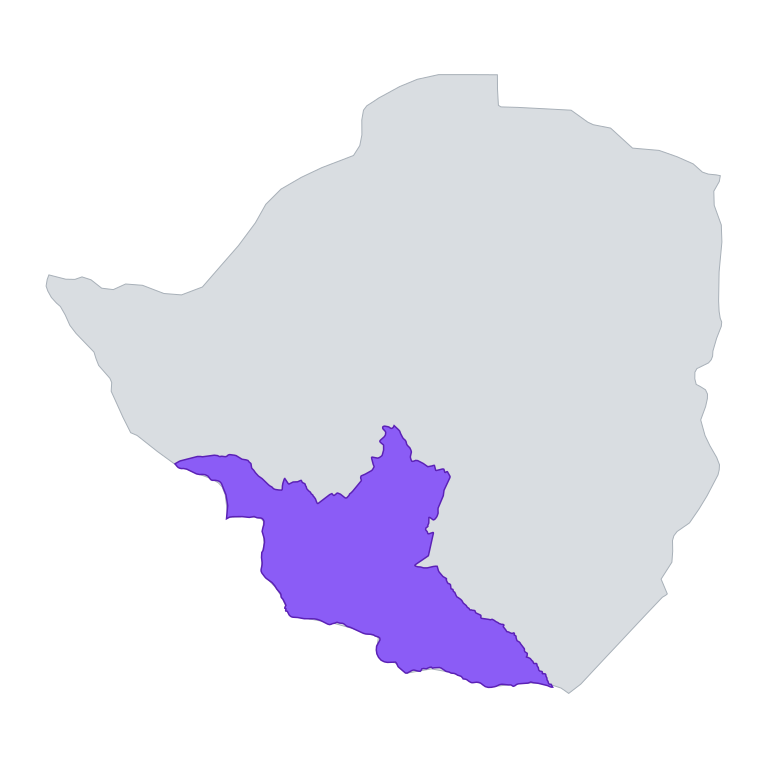 where Matabeleland South sits in Zimbabwe
{"feature_id": "ZWE-530", "entity_name": "Matabeleland South", "entity_type": "Province", "adm_level": 1, "iso_a3": "ZWE", "parent_name": "Zimbabwe", "parent_adm1": "", "projection": "orthographic", "projection_center": [29.218, -20.916], "detail": "fine", "context": "in_parent", "style": "filled", "palette": "violet", "viewbox_px": 768, "rotation_deg": 0, "n_neighbors": 0, "source": "natural_earth", "source_scale": "10m", "svg_char_len": 8197}
<svg xmlns="http://www.w3.org/2000/svg" viewBox="0 0 768 768"><path d="M568.7,693.4L561.1,688.1L550.7,684.6L537.4,682.9L520.1,683.3L498.8,686.0L476.0,682.4L451.6,672.5L431.3,668.9L407.1,673.1L406.1,673.2L401.9,669.9L395.2,662.8L384.2,661.5L381.2,659.8L378.7,657.2L377.1,653.8L376.4,650.0L378.3,638.2L377.3,636.9L374.3,635.5L368.2,634.1L353.6,628.8L335.3,623.7L305.4,618.2L293.8,616.8L291.1,615.1L287.7,610.8L281.9,597.3L276.4,588.4L263.5,574.8L261.4,570.5L261.9,559.6L262.8,550.7L264.1,543.2L263.4,536.2L263.1,527.5L263.5,521.6L261.7,519.1L257.0,517.4L243.7,516.7L227.5,517.3L226.9,508.4L225.2,494.7L222.1,486.9L218.3,482.8L210.9,478.6L195.7,473.0L175.1,464.4L157.4,451.5L137.0,435.4L130.7,432.7L123.0,417.4L111.2,391.3L111.7,382.5L109.9,378.3L98.7,365.5L96.1,358.9L94.0,352.1L76.1,333.5L69.9,325.4L65.2,314.9L60.4,306.5L56.5,303.1L51.4,297.5L47.8,291.0L46.1,286.1L47.2,279.5L48.9,274.9L65.7,279.2L74.9,279.4L82.0,276.9L91.0,279.8L101.7,288.2L113.3,289.6L125.6,284.0L142.5,285.3L163.9,293.5L181.5,294.9L202.4,287.0L220.8,265.8L238.3,245.8L255.4,222.8L265.8,204.3L281.0,189.1L301.2,177.4L321.9,167.6L353.5,155.5L359.8,145.6L361.9,134.9L361.8,119.9L363.5,110.2L366.8,105.8L372.1,102.4L378.9,97.9L399.8,86.5L417.3,79.3L438.7,74.6L462.1,74.6L484.6,74.7L497.4,74.8L497.5,89.1L498.4,105.3L500.9,106.9L517.8,107.4L545.0,108.8L571.1,110.2L587.7,122.1L593.2,124.7L610.6,128.1L632.5,148.1L659.0,150.4L677.2,156.8L693.2,163.9L702.4,172.1L708.3,174.1L716.4,174.9L720.3,175.7L719.3,181.5L713.8,191.2L714.2,205.3L721.3,225.0L721.9,242.0L719.1,271.9L718.6,300.9L719.1,311.3L720.2,318.2L721.7,322.0L721.3,326.3L716.6,338.3L712.9,351.1L712.6,356.2L711.2,359.8L708.5,362.9L696.9,368.6L694.9,372.2L694.8,378.8L696.2,384.4L700.4,386.6L705.5,389.8L707.5,394.1L707.4,398.5L705.6,406.6L700.7,419.9L705.0,435.5L709.9,445.7L716.7,457.5L719.5,464.8L719.2,469.9L718.0,474.9L707.0,495.9L699.1,508.9L689.5,522.9L677.1,531.5L673.9,535.7L672.5,540.5L672.7,551.2L671.9,562.2L661.1,579.1L667.3,593.9L665.8,595.2L662.3,597.3L646.9,613.5L631.5,629.9L620.2,642.0L607.4,655.6L593.0,671.0L580.8,684.1L568.7,693.4Z" fill="#d9dde1" stroke="#a8b0b8" stroke-width="1"/><path d="M199.6,474.5L196.5,473.9L186.7,469.1L183.4,468.5L181.4,468.6L179.7,468.2L178.2,467.5L176.9,466.2L175.0,463.8L179.3,461.3L180.6,460.8L197.4,456.5L200.5,456.5L202.4,456.8L214.3,455.2L217.6,455.6L219.0,456.4L220.0,456.6L221.0,456.3L222.3,456.3L225.2,456.7L226.6,456.4L227.8,455.3L228.5,454.9L229.2,454.7L229.8,454.6L234.4,455.2L236.1,455.6L242.0,459.2L246.2,459.9L248.0,460.5L249.4,462.3L250.5,463.1L251.0,463.8L251.6,467.7L252.0,468.5L253.6,470.1L255.4,472.7L258.4,476.0L262.1,478.6L268.5,484.8L269.9,485.9L271.9,487.0L273.3,488.5L274.3,489.1L275.5,489.5L278.9,490.0L281.6,490.1L282.1,489.6L282.3,488.6L282.4,486.0L282.9,483.2L284.1,479.5L284.4,478.8L284.8,478.5L288.3,483.7L288.8,484.0L289.1,484.0L293.1,482.0L297.6,481.8L300.5,480.5L301.2,480.4L301.6,481.0L302.2,482.3L302.5,482.6L304.2,483.4L305.0,483.9L305.6,485.8L306.3,486.9L306.6,488.4L306.8,488.8L308.6,490.8L310.4,492.2L311.2,493.8L312.7,494.9L313.3,496.2L314.2,497.1L315.5,499.0L316.3,501.3L317.1,503.1L317.6,503.5L318.2,503.4L329.7,494.6L331.9,493.6L333.5,495.4L334.3,495.4L337.1,493.1L337.8,493.1L340.5,494.2L345.0,497.8L345.6,498.0L346.8,497.8L349.0,495.4L349.6,494.0L351.0,492.9L352.6,491.3L361.0,481.1L361.3,480.5L361.3,480.0L360.7,478.2L360.7,477.1L361.2,475.9L365.3,474.1L371.4,470.7L372.4,469.8L373.8,467.4L374.1,466.6L373.2,464.3L371.7,458.6L371.6,457.4L371.9,457.2L372.3,457.1L377.5,458.1L378.5,457.9L379.6,457.4L381.6,456.0L382.2,455.2L383.6,450.1L383.6,445.5L383.4,444.8L381.6,443.4L380.4,442.3L380.0,441.8L379.8,441.1L380.4,440.2L384.2,436.8L384.9,435.8L385.4,435.0L385.7,432.8L385.6,432.1L385.3,431.4L383.0,428.9L382.7,428.2L382.7,427.2L383.0,426.7L383.4,426.4L384.6,426.1L387.9,426.7L388.9,427.0L390.7,428.3L391.4,428.4L392.1,428.3L393.0,427.6L393.4,427.1L394.1,425.6L398.5,429.7L399.7,431.1L400.6,433.6L402.6,437.5L403.3,438.5L405.3,440.3L406.0,441.5L406.7,444.3L407.5,445.5L409.8,447.8L410.3,448.8L411.0,450.4L411.4,452.0L410.4,456.4L410.4,457.5L410.9,459.4L411.8,461.2L412.7,461.4L414.2,461.0L415.6,460.4L417.7,460.6L423.3,463.5L427.8,466.7L432.1,465.9L433.4,465.4L434.4,465.4L435.7,470.3L436.4,470.5L442.4,469.0L443.7,469.1L444.2,470.1L444.8,472.3L445.4,472.5L446.7,471.7L447.4,471.7L450.0,476.3L450.0,477.2L449.7,478.1L444.0,490.3L443.3,495.7L438.1,508.1L438.0,509.5L438.1,513.2L437.2,515.9L436.5,517.2L435.1,519.0L433.7,519.9L432.9,519.7L430.1,517.6L429.4,517.4L428.9,517.5L428.8,522.3L428.7,523.3L427.8,525.3L427.9,526.4L427.3,527.0L426.2,527.6L425.8,528.5L425.6,529.3L425.7,529.8L427.3,531.8L427.9,533.6L428.4,533.8L429.2,533.7L432.8,532.5L433.3,532.6L433.4,533.2L428.5,555.3L428.2,555.9L416.0,564.2L414.9,565.2L415.0,565.6L415.2,565.9L416.1,566.3L417.8,566.8L420.5,567.0L423.7,567.9L427.2,567.9L433.2,566.5L435.8,566.2L437.2,566.3L438.4,570.6L439.1,572.0L442.9,576.5L446.0,578.3L446.4,578.6L446.5,578.9L446.3,579.0L446.2,579.5L446.4,580.3L447.3,582.3L448.2,583.5L449.4,583.8L450.2,584.4L450.5,584.8L451.0,588.6L451.2,588.9L452.7,589.3L453.0,589.7L453.3,591.3L454.8,592.4L456.1,595.5L456.9,596.9L458.2,597.6L460.6,599.3L461.9,600.6L463.3,603.1L466.2,605.5L467.3,607.3L469.0,608.4L469.7,609.7L470.4,610.0L471.4,609.9L472.5,610.3L474.2,610.4L474.9,610.7L475.6,612.5L475.9,612.9L480.6,615.1L481.0,615.9L480.8,617.6L481.4,618.3L488.8,619.4L490.3,619.8L492.1,619.3L494.1,620.3L496.2,621.8L498.0,622.6L498.7,623.3L501.3,624.3L503.0,624.4L503.6,624.7L503.9,625.0L503.9,625.4L503.4,626.1L503.3,626.8L505.7,629.8L506.8,631.6L508.7,632.0L509.7,632.6L511.6,633.4L512.6,633.3L513.5,632.9L514.0,633.0L514.3,633.3L514.4,633.8L514.2,634.9L515.7,635.8L516.0,636.2L516.1,637.8L516.9,640.4L517.2,640.8L519.4,642.1L519.9,642.6L520.5,643.7L524.3,648.7L524.4,649.1L524.4,650.7L524.9,651.7L525.5,652.2L527.0,653.1L527.3,653.5L527.1,655.7L526.4,657.0L526.7,657.2L528.3,657.5L530.3,658.6L531.9,660.6L532.8,661.3L533.6,663.2L534.0,663.5L536.3,663.5L536.7,663.8L536.9,664.3L537.1,665.8L538.3,667.6L538.6,669.4L538.9,670.2L539.7,671.0L541.9,671.5L542.3,671.9L542.4,672.4L542.3,673.4L542.6,673.7L544.1,673.7L545.4,674.0L545.7,674.4L546.0,676.3L546.9,678.0L547.0,679.8L548.0,681.3L548.6,683.6L549.6,684.2L551.1,684.3L552.7,687.1L551.9,687.2L550.4,686.9L547.5,685.6L538.3,683.3L533.2,682.7L530.8,682.0L528.0,683.1L518.6,683.8L516.9,684.3L514.6,685.9L513.3,686.3L512.8,686.1L511.5,685.2L510.7,684.9L508.3,684.9L502.8,684.3L501.2,684.3L499.5,684.7L496.4,686.2L494.7,686.7L491.3,687.3L488.2,687.4L485.3,686.6L482.6,684.7L481.4,683.7L480.2,682.9L478.6,682.4L476.5,682.2L472.8,682.7L471.3,682.6L469.2,681.5L466.8,679.7L465.6,679.2L463.1,678.9L462.8,678.2L461.2,676.4L460.3,676.0L457.7,675.2L455.4,673.8L454.1,673.4L451.1,673.1L449.0,672.0L446.1,671.4L441.2,668.1L439.5,667.5L433.7,667.8L432.7,668.2L431.2,667.1L429.5,667.4L426.3,668.8L423.5,668.5L421.8,668.9L421.1,670.4L420.2,671.3L418.1,671.1L413.9,670.0L412.1,670.4L407.2,673.1L405.4,673.0L398.3,666.9L397.8,666.1L396.7,663.5L395.8,662.4L395.4,662.1L387.4,662.4L384.3,661.8L381.1,660.2L378.6,657.4L376.9,653.9L376.3,650.0L376.6,646.2L380.0,639.9L379.8,638.1L378.4,637.0L375.0,635.9L373.5,634.9L371.0,634.3L365.8,634.0L363.3,633.3L350.8,627.5L346.9,626.3L343.6,623.7L342.4,623.3L339.8,623.1L337.1,622.3L336.2,622.5L335.3,623.0L332.3,623.7L331.0,624.3L329.5,624.6L327.7,624.1L320.8,620.6L317.4,619.4L314.2,618.8L304.1,618.7L297.7,617.5L292.8,617.2L291.4,616.8L290.2,616.0L289.1,614.9L287.4,611.5L286.8,611.1L285.9,611.1L285.6,610.2L286.0,609.0L285.7,608.5L284.8,608.2L284.9,607.3L285.9,605.5L285.6,604.5L283.0,599.3L281.6,597.8L281.1,597.0L281.0,594.9L280.8,594.1L280.0,592.8L276.9,589.2L274.7,585.7L272.1,582.6L266.1,578.3L264.8,576.9L261.8,572.9L261.1,571.1L261.1,569.5L262.1,564.7L262.2,562.7L261.5,557.6L261.8,552.4L262.9,550.8L263.3,549.7L264.5,542.3L264.3,538.7L262.1,531.4L262.8,528.1L263.8,524.9L264.0,521.3L263.3,519.7L262.1,518.5L260.6,517.9L257.1,517.8L254.1,516.5L249.3,517.4L242.4,516.6L232.7,516.7L229.7,517.1L226.5,518.8L227.7,505.6L226.0,494.9L221.5,483.6L220.3,482.1L218.8,481.1L217.0,480.6L215.2,480.3L212.4,480.3L211.3,480.0L210.4,479.2L208.1,476.2L205.2,474.7L202.4,474.4L199.6,474.5Z" fill="#8b5cf6" stroke="#5b21b6" stroke-width="1.5"/></svg>